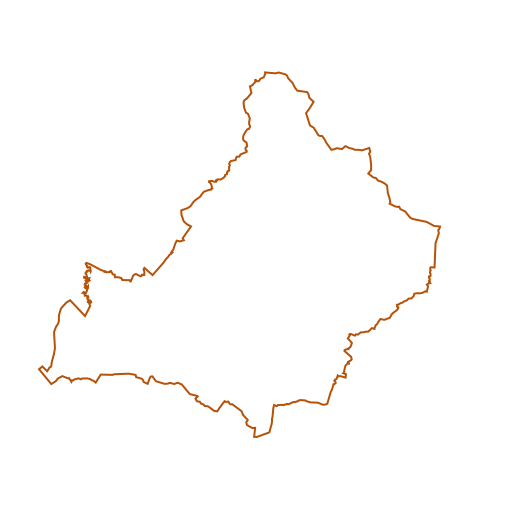 outline of Bixad, Satu Mare, Romania, rotated 17°
{"feature_id": "2599482B22891655210740", "entity_name": "Bixad", "entity_type": "district", "adm_level": 2, "iso_a3": "ROU", "parent_name": "Romania", "parent_adm1": "Satu Mare", "projection": "mercator", "projection_center": [23.389, 47.949], "detail": "fine", "context": "isolated", "style": "outline", "palette": "amber", "viewbox_px": 512, "rotation_deg": 17, "n_neighbors": 0, "source": "geoboundaries", "source_scale": "gbopen_adm2", "svg_char_len": 6104}
<svg xmlns="http://www.w3.org/2000/svg" viewBox="0 0 512 512"><g transform="rotate(17 256 256)"><path d="M423.4,174.0L417.7,175.2L409.2,173.5L394.7,174.8L391.9,174.1L385.7,169.8L380.4,169.0L378.5,167.0L377.4,167.6L374.4,167.9L368.5,166.9L368.8,165.6L366.8,161.7L363.7,157.3L360.7,150.3L358.1,149.1L354.3,148.3L350.8,148.3L347.7,146.3L345.3,146.6L339.3,144.3L341.0,140.2L339.6,135.6L336.4,128.1L334.2,125.1L334.8,122.8L332.7,119.6L326.3,124.1L324.2,124.2L319.5,125.5L316.9,125.2L313.8,125.5L309.4,124.8L306.9,128.6L301.5,129.4L299.4,131.2L297.0,132.4L290.2,127.2L286.9,123.9L284.1,121.9L282.3,122.5L280.2,122.2L273.8,116.5L269.4,115.3L262.1,104.7L264.0,99.4L266.0,91.7L260.9,89.2L258.9,86.0L257.0,84.3L247.1,85.8L244.1,83.7L240.4,79.8L234.9,76.7L232.8,74.3L230.9,73.7L224.0,73.9L221.3,75.6L211.0,77.8L211.6,78.8L211.2,82.8L208.4,85.2L207.8,87.5L206.9,88.3L205.7,88.6L204.2,87.6L203.8,87.9L204.4,89.8L202.5,93.9L200.6,95.6L204.0,101.5L201.1,108.4L200.4,108.9L199.2,111.0L199.1,111.8L199.5,113.6L201.4,117.8L204.5,121.9L206.7,122.3L209.8,126.1L210.4,130.5L210.9,131.9L212.3,133.5L212.5,134.7L212.2,136.3L210.6,137.5L209.6,140.5L208.8,144.2L209.0,146.2L209.4,147.7L210.4,149.2L213.7,150.2L215.5,153.7L214.4,155.3L214.5,156.4L215.1,157.4L216.5,158.3L216.6,159.2L211.5,163.4L211.0,165.8L208.6,166.7L208.3,167.8L208.4,170.3L204.4,172.4L203.6,173.6L203.4,175.7L204.5,177.0L204.1,178.7L204.7,179.4L204.6,180.0L205.3,181.5L205.3,182.2L204.2,183.0L204.3,183.8L203.8,184.4L204.3,186.1L202.8,187.6L203.1,188.5L202.3,190.5L200.0,193.1L197.0,193.9L196.3,196.0L195.7,195.4L195.3,196.9L194.9,197.2L192.3,197.1L190.6,197.5L189.2,198.3L189.3,198.9L190.2,199.0L192.1,200.5L193.5,202.6L193.7,203.7L194.4,204.1L193.6,205.0L193.8,205.6L191.6,206.6L187.5,209.7L186.9,210.7L185.0,216.1L181.9,219.9L180.4,222.5L178.9,227.4L176.7,230.1L171.2,234.2L172.6,238.3L176.7,243.9L180.5,245.8L185.2,246.7L180.7,260.5L182.4,262.0L179.0,264.3L175.7,264.5L175.2,267.9L175.0,274.0L174.7,275.6L174.1,276.3L173.9,277.4L174.9,277.5L172.5,281.0L172.4,282.3L171.2,284.4L169.2,290.1L162.7,304.5L152.8,300.0L152.4,301.1L152.5,301.8L153.8,303.7L154.7,306.8L152.3,307.3L152.3,308.6L151.5,309.2L146.4,308.3L145.1,309.4L144.3,310.5L143.7,316.9L143.4,317.0L143.3,316.2L142.9,316.3L142.8,315.9L135.2,318.1L133.7,316.5L130.8,316.5L127.3,317.6L126.4,315.2L124.4,315.4L121.8,312.8L121.2,312.9L121.2,313.9L118.0,315.2L116.2,315.4L116.4,314.8L112.1,314.8L100.0,312.4L95.9,312.1L95.5,312.8L95.4,313.3L97.4,314.9L97.3,315.6L98.3,316.4L99.0,316.2L99.6,315.4L100.7,315.3L102.4,318.9L102.4,319.2L102.1,318.8L100.3,318.6L99.9,319.2L98.7,319.6L99.0,320.5L97.9,321.6L98.2,322.8L99.2,323.3L100.7,325.6L100.1,326.0L97.7,326.2L97.8,326.9L98.8,326.6L99.4,327.4L100.5,327.4L103.1,325.9L103.1,326.6L102.3,327.0L102.4,327.7L102.6,328.2L103.9,328.2L103.4,329.2L102.1,329.4L101.7,328.7L100.4,329.5L102.2,331.2L100.5,332.5L100.6,333.5L101.9,333.7L102.5,334.4L101.5,334.9L101.4,336.1L103.6,337.0L103.8,336.2L102.9,335.5L103.9,334.9L104.2,334.1L104.7,335.8L104.4,337.3L104.5,339.1L104.1,341.2L101.7,340.8L101.3,341.7L101.8,341.5L103.1,342.5L103.9,344.0L105.1,343.4L106.2,343.8L107.1,343.5L107.7,344.6L106.9,345.2L107.1,346.1L107.9,346.8L108.7,346.6L109.0,347.2L108.7,347.5L108.9,348.2L108.5,348.8L108.7,349.3L109.8,349.4L110.5,348.2L110.3,347.6L110.6,347.2L111.8,347.9L112.0,348.4L110.6,350.5L112.0,352.3L110.1,363.4L91.2,352.7L88.4,355.7L85.1,362.6L84.8,364.1L84.9,370.4L86.6,376.2L86.4,379.0L85.5,382.0L85.1,387.8L90.7,403.0L91.4,408.4L91.7,417.0L92.4,421.6L91.1,423.1L90.0,427.3L84.0,424.1L81.6,427.7L97.7,438.3L100.9,434.5L102.0,432.4L102.1,431.4L105.9,427.5L112.3,428.0L112.8,427.4L116.3,430.3L116.5,428.6L117.4,428.5L118.3,427.2L122.1,424.9L124.6,425.1L125.3,424.1L130.4,422.4L133.2,422.2L135.7,422.9L136.7,422.7L139.7,423.9L142.2,414.8L153.6,411.6L154.9,410.6L168.5,405.8L175.2,404.9L175.7,405.0L176.8,406.9L182.4,406.7L184.5,407.8L185.0,408.9L185.7,409.4L189.8,409.9L190.1,403.5L190.6,402.0L192.2,401.4L196.5,404.7L197.4,405.0L205.9,405.0L209.1,403.8L210.6,402.5L215.2,402.3L218.2,400.1L222.7,400.6L233.0,407.4L240.7,407.0L241.3,407.3L239.8,410.1L242.0,412.2L244.9,411.8L246.5,413.2L249.2,413.3L250.9,414.5L253.5,413.8L254.9,414.0L261.1,416.3L264.4,415.9L265.4,412.3L268.4,404.0L269.6,404.5L272.1,403.3L274.0,405.0L275.2,405.3L276.5,404.7L287.5,408.6L290.3,411.9L296.0,415.2L295.3,417.9L296.8,420.3L302.8,421.6L305.4,420.6L307.1,429.5L309.7,428.8L320.3,420.8L320.1,412.3L319.6,408.9L318.9,407.3L318.8,404.9L317.0,396.2L316.9,393.2L319.6,393.6L320.1,393.1L320.3,392.3L324.1,390.8L326.2,390.5L327.1,389.5L328.5,389.1L328.8,388.4L330.6,388.2L334.3,384.8L336.0,384.4L337.5,383.1L338.3,383.0L339.0,381.8L340.5,380.8L345.5,379.7L346.6,380.1L350.8,380.1L357.9,378.2L363.6,378.7L365.9,377.7L367.4,376.5L367.2,364.6L367.7,361.4L367.6,355.9L368.3,355.9L369.3,354.1L368.7,353.1L367.4,352.5L367.7,351.1L368.4,350.8L369.1,349.3L369.1,346.4L370.3,346.9L371.6,346.2L377.2,346.1L376.6,342.7L373.6,342.6L374.2,341.4L374.3,340.6L373.9,340.1L373.6,334.7L374.8,332.2L376.4,331.8L376.4,331.5L375.1,330.9L374.9,330.4L377.4,327.9L377.7,326.7L376.4,324.6L368.4,321.0L368.2,320.2L368.9,319.4L371.0,318.2L371.2,317.6L371.7,317.7L371.8,316.8L372.6,316.0L373.1,314.2L373.1,311.1L367.9,307.9L369.0,304.5L369.0,303.9L368.3,303.8L368.5,303.2L369.9,302.9L374.0,303.2L374.5,301.6L376.4,301.4L378.4,298.5L381.1,297.5L383.2,296.2L385.4,295.6L387.9,291.1L390.6,291.1L390.3,289.9L390.7,288.6L390.6,287.5L391.7,285.7L392.2,283.3L393.4,279.9L397.4,279.5L402.1,275.9L402.7,272.4L403.8,270.3L406.7,266.3L407.3,264.0L407.0,263.4L406.0,263.4L405.6,262.9L405.7,262.0L405.2,261.4L406.2,261.0L408.3,258.6L409.7,257.8L410.5,256.5L413.2,254.3L414.5,252.0L417.0,251.2L418.5,248.2L418.3,246.4L418.6,245.7L421.0,244.4L423.5,243.9L426.4,242.2L428.3,240.2L429.8,240.2L429.4,234.7L427.8,233.4L428.2,232.6L430.4,231.0L429.1,230.5L428.8,229.4L429.5,229.2L429.1,227.4L428.3,227.0L427.5,225.5L427.4,225.0L428.6,224.5L428.6,223.3L428.1,222.0L427.3,221.3L427.0,219.5L427.3,218.8L426.3,217.4L426.3,215.7L430.1,214.8L424.0,191.5L424.2,180.8L422.7,178.0L423.4,176.7L423.4,174.0Z" fill="none" stroke="#b45309" stroke-width="2"/></g></svg>